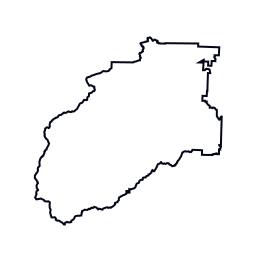 outline of Dungog, New South Wales, Australia, rotated 262°
{"feature_id": "25037944B39236446518145", "entity_name": "Dungog", "entity_type": "district", "adm_level": 2, "iso_a3": "AUS", "parent_name": "Australia", "parent_adm1": "New South Wales", "projection": "albers", "projection_center": [151.601, -32.347], "detail": "fine", "context": "isolated", "style": "outline", "palette": "ink", "viewbox_px": 256, "rotation_deg": 262, "n_neighbors": 0, "source": "geoboundaries", "source_scale": "gbopen_adm2", "svg_char_len": 5690}
<svg xmlns="http://www.w3.org/2000/svg" viewBox="0 0 256 256"><g transform="rotate(262 128 128)"><path d="M42.9,58.7L43.8,58.8L44.1,59.1L45.1,61.3L46.3,62.4L47.4,62.9L48.1,63.9L48.0,65.2L48.2,65.9L47.8,67.8L47.9,68.0L47.9,69.6L49.7,70.2L50.1,70.1L51.0,70.6L51.1,70.9L52.1,70.9L52.6,72.7L53.1,73.4L52.5,76.5L53.5,77.8L53.5,78.1L53.0,78.8L53.3,79.7L54.1,80.5L54.2,81.1L53.8,81.6L53.8,82.6L54.1,83.1L54.6,83.5L53.8,85.4L51.6,87.1L52.2,88.0L51.5,89.6L51.0,90.3L51.0,91.0L50.8,91.5L51.6,92.1L52.4,95.4L52.2,96.7L51.9,96.8L51.6,97.5L51.9,98.9L51.4,99.8L52.0,100.7L52.2,101.7L54.0,104.5L55.6,104.7L56.0,107.2L56.7,107.4L57.6,108.8L59.4,109.1L60.5,109.6L60.9,111.0L61.4,111.7L61.4,112.2L62.0,113.3L62.2,114.7L63.1,117.2L65.8,117.6L65.6,119.2L64.0,118.9L63.8,120.5L66.8,120.9L66.8,120.7L67.4,120.8L66.8,122.7L67.1,123.6L67.4,125.6L68.0,126.7L68.9,127.5L69.3,127.5L71.6,128.8L71.9,129.6L72.0,130.5L72.3,131.2L73.6,131.6L74.6,132.8L74.8,133.4L74.8,134.4L74.9,134.8L74.7,135.1L75.1,135.5L76.5,135.8L76.8,136.8L76.6,138.4L76.9,138.5L77.2,139.1L77.7,139.4L78.2,141.6L79.1,141.9L79.1,142.6L80.6,145.0L81.6,145.2L82.9,146.3L82.4,146.9L81.8,147.1L81.6,147.5L81.6,148.1L82.5,148.6L83.5,149.7L85.2,150.7L85.5,151.2L86.3,151.4L88.1,152.8L88.0,153.0L88.4,154.6L89.6,155.8L89.6,156.1L88.3,156.6L87.6,158.0L87.9,159.0L87.3,159.8L87.2,160.3L87.8,162.0L87.3,163.4L87.0,163.6L86.2,163.8L85.8,164.3L85.5,165.3L84.1,166.3L83.9,167.0L84.4,168.5L84.6,168.8L84.2,168.9L84.3,169.3L84.6,169.9L85.8,170.5L86.1,171.1L87.0,171.6L86.9,171.9L88.4,172.6L89.5,174.1L92.6,176.6L94.6,177.7L95.8,178.2L96.3,178.7L96.4,179.4L97.0,180.4L97.0,181.5L96.6,182.2L96.4,184.9L95.6,185.5L95.7,186.5L95.4,187.1L96.1,188.0L96.8,188.3L97.0,188.8L97.4,188.9L95.7,198.2L91.1,197.5L89.5,208.0L90.2,208.1L90.4,210.8L90.3,210.7L90.0,212.2L89.8,212.0L89.4,214.4L94.2,215.2L94.0,216.0L94.5,215.8L95.5,217.1L96.5,217.4L97.8,216.0L98.4,216.0L98.1,217.6L126.3,222.4L126.4,222.1L126.0,221.4L123.8,219.9L123.5,219.7L123.6,219.4L127.3,217.6L133.5,218.5L134.2,217.4L135.4,216.9L136.1,216.2L136.4,215.0L135.9,214.4L136.0,214.0L136.7,213.4L136.9,212.8L136.7,211.8L138.8,211.9L139.5,210.8L140.7,210.0L141.5,209.9L142.3,209.0L142.6,208.9L143.2,209.4L143.4,208.2L144.2,208.3L144.6,205.4L149.5,206.3L148.7,210.4L153.4,211.3L153.3,211.7L171.3,214.8L170.9,217.1L171.1,217.1L174.3,216.9L174.6,216.8L175.1,216.0L175.7,213.6L175.4,213.1L174.8,212.7L174.6,212.4L174.8,210.4L182.2,211.9L183.0,207.5L184.1,210.4L184.7,211.5L185.0,212.5L183.3,212.2L182.6,216.7L178.6,216.0L178.0,219.3L182.7,220.2L182.1,223.7L182.9,223.6L183.9,224.3L184.5,224.2L185.8,223.3L186.3,223.3L186.8,224.0L188.0,223.9L187.3,228.1L195.2,229.6L198.9,208.8L201.9,209.3L206.8,176.7L206.4,176.6L207.4,170.5L208.2,170.3L208.2,168.9L208.7,168.7L209.5,168.8L210.1,169.4L210.4,169.2L210.7,168.1L211.5,167.5L211.8,166.4L211.0,165.3L210.9,164.8L211.4,164.4L213.6,163.5L213.7,163.1L214.6,162.4L214.7,161.9L214.3,160.8L214.5,160.1L214.4,159.9L213.2,159.7L212.8,160.0L212.3,159.7L211.4,160.0L211.1,159.7L211.1,158.4L210.8,157.8L211.1,157.2L210.7,156.0L210.5,153.6L210.3,152.4L210.1,152.1L209.6,152.1L209.3,152.4L208.6,152.6L208.1,153.2L207.2,153.0L206.9,153.1L206.4,153.8L206.5,154.4L205.7,154.7L205.0,154.3L204.6,154.5L204.0,154.1L203.5,153.4L201.8,153.5L201.6,152.6L200.7,151.7L200.8,150.4L199.8,149.5L198.1,150.1L197.1,149.7L196.0,150.5L195.6,150.4L194.8,149.4L193.6,149.4L193.4,149.3L193.2,146.6L192.7,145.0L192.8,143.3L192.2,142.5L195.5,121.0L189.6,120.0L188.5,117.8L187.9,117.7L187.3,116.8L187.1,116.2L187.1,114.1L187.8,111.6L187.6,111.2L187.6,110.6L186.8,109.5L186.1,108.0L186.3,107.4L186.0,106.3L186.0,105.3L185.6,103.0L185.0,100.6L185.0,99.2L184.5,98.5L184.0,97.2L184.1,96.1L183.7,95.4L183.8,94.6L183.7,94.4L182.3,93.5L180.9,93.5L178.6,94.1L176.2,95.2L175.5,95.3L175.2,95.8L175.6,96.9L174.9,98.2L174.1,99.1L173.8,100.2L173.5,100.4L172.5,100.1L172.1,100.4L171.4,100.2L170.4,100.5L169.3,99.7L169.4,99.0L169.1,98.1L168.0,96.9L167.6,94.2L165.1,93.8L164.8,93.6L164.5,92.6L164.1,92.1L162.7,91.6L161.6,91.5L161.4,91.1L161.6,89.7L162.0,88.7L162.0,88.4L161.2,87.9L160.7,87.2L159.5,86.4L159.1,84.4L158.5,83.5L153.8,80.1L153.1,78.6L152.0,77.0L151.9,75.7L152.3,75.0L151.6,73.6L152.2,72.0L152.7,71.6L152.7,71.1L152.2,69.8L151.9,69.5L151.6,68.1L152.1,67.2L152.1,66.4L151.5,66.1L151.5,65.5L151.3,65.0L150.3,63.8L150.4,62.6L150.2,61.5L149.9,60.9L148.8,60.2L148.6,59.4L148.1,58.9L148.3,58.0L147.5,56.7L147.5,56.1L147.0,55.1L146.0,54.2L145.9,53.5L144.9,53.0L144.6,51.8L142.1,50.8L140.3,50.8L139.1,49.9L139.0,49.4L139.5,49.0L139.8,48.4L139.9,47.4L139.3,46.8L139.1,46.1L138.6,45.8L137.2,45.5L136.6,45.0L135.4,44.5L133.6,44.7L133.2,44.5L132.7,44.7L132.3,44.3L131.1,44.3L129.6,45.2L129.0,45.2L127.6,46.6L124.8,47.3L124.4,47.6L123.8,47.4L123.4,47.6L122.0,46.8L119.4,44.9L118.9,44.7L118.7,44.4L118.0,44.3L117.5,43.0L117.1,42.6L116.4,42.5L116.3,41.9L114.5,41.6L113.6,40.8L112.4,40.3L112.4,40.0L111.6,39.3L111.7,38.7L109.6,36.8L106.9,35.6L102.7,35.2L101.3,33.4L99.9,32.9L98.5,33.0L96.7,31.9L96.2,31.4L95.7,30.6L94.8,30.2L94.4,29.6L93.6,29.1L91.2,28.8L88.8,30.3L87.6,30.6L86.9,31.1L86.6,30.8L85.8,31.1L84.7,29.9L84.0,29.5L81.2,29.3L79.6,30.2L79.0,30.3L78.2,28.7L76.3,28.0L75.2,28.3L73.0,26.9L72.3,26.8L72.0,26.4L70.1,27.3L70.0,28.3L70.3,29.2L70.1,30.5L70.3,31.8L69.6,32.7L68.6,34.7L67.9,34.8L66.9,35.6L66.4,38.5L66.4,39.1L65.5,40.1L64.8,40.2L62.5,39.6L59.8,39.4L58.0,40.0L54.9,39.1L50.2,39.8L49.8,41.7L49.8,42.4L49.9,42.7L49.8,43.1L48.4,44.0L47.6,43.7L47.0,43.8L46.9,44.3L46.0,45.1L46.0,46.2L45.6,47.2L44.8,47.9L43.6,49.5L42.4,50.5L41.5,51.0L41.3,51.3L41.3,52.0L42.3,52.0L43.1,52.8L43.2,53.5L43.1,54.1L43.5,54.6L43.0,55.5L43.0,55.9L42.8,56.2L42.5,57.3L43.0,58.3L42.9,58.7Z" fill="none" stroke="#020617" stroke-width="2"/></g></svg>